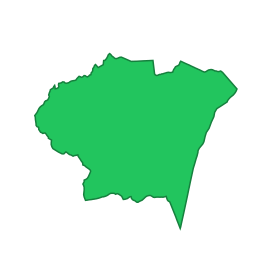 Paulo Afonso, Bahia, Brazil (Equal Earth projection), rotated 197°
{"feature_id": "56859067B73144667932966", "entity_name": "Paulo Afonso", "entity_type": "district", "adm_level": 2, "iso_a3": "BRA", "parent_name": "Brazil", "parent_adm1": "Bahia", "projection": "equal_earth", "projection_center": [-38.262, -9.532], "detail": "fine", "context": "isolated", "style": "filled", "palette": "green", "viewbox_px": 256, "rotation_deg": 197, "n_neighbors": 0, "source": "geoboundaries", "source_scale": "gbopen_adm2", "svg_char_len": 3579}
<svg xmlns="http://www.w3.org/2000/svg" viewBox="0 0 256 256"><g transform="rotate(197 128 128)"><path d="M147.5,46.4L145.7,47.2L144.2,48.0L143.2,48.4L142.2,48.8L140.5,49.7L139.6,50.1L137.4,51.2L135.3,52.5L133.5,53.8L132.5,54.6L131.4,55.0L130.1,55.8L128.8,56.8L127.7,57.9L126.6,59.4L125.4,60.5L123.9,61.0L122.0,61.5L120.5,61.0L119.1,62.1L117.7,62.0L115.5,61.4L114.1,60.9L111.6,58.3L110.0,59.0L108.8,59.8L107.9,60.4L107.0,61.7L106.1,62.8L105.0,63.3L104.1,61.7L102.7,60.8L101.6,60.5L100.3,60.5L98.8,59.9L97.7,59.6L96.6,60.0L95.8,61.0L94.9,61.8L93.4,63.1L92.2,65.1L91.0,67.3L89.8,68.6L88.5,69.4L87.1,70.0L85.9,69.9L84.8,69.6L83.5,69.2L82.2,69.4L80.9,70.1L79.2,70.7L77.2,71.2L75.9,71.7L74.2,72.1L73.0,72.8L71.5,73.8L70.4,72.2L69.4,70.8L68.3,70.0L66.4,69.5L56.1,56.7L54.4,54.4L52.7,52.3L48.7,47.2L48.7,48.7L48.9,50.8L49.8,62.3L51.4,81.1L52.0,87.4L52.1,88.9L52.6,94.1L53.8,108.6L53.8,113.3L53.9,118.7L53.8,121.3L54.0,125.1L54.4,126.8L53.9,129.6L51.8,134.6L51.4,137.1L51.8,142.4L51.8,146.6L50.4,151.3L50.0,158.1L49.2,163.9L49.7,168.3L48.7,172.5L47.1,174.4L45.7,176.0L40.8,181.9L40.8,183.2L40.2,184.9L39.2,187.1L38.1,188.7L37.0,190.3L36.3,191.9L35.8,193.2L35.4,194.9L35.2,197.2L53.8,208.8L56.0,209.6L56.9,209.0L58.1,208.3L59.3,208.2L60.5,208.3L61.6,208.0L62.7,208.2L64.3,208.4L65.7,208.2L66.6,207.7L67.8,207.1L69.0,205.9L69.7,204.9L71.2,203.8L72.5,203.9L73.6,204.0L74.7,204.2L75.7,204.4L77.1,204.6L78.5,204.7L79.4,204.9L80.8,205.0L82.5,205.3L84.1,205.5L85.5,205.7L86.8,205.9L87.9,206.1L88.9,206.2L89.9,206.3L90.9,206.4L92.3,206.6L93.9,206.8L95.0,207.0L96.0,207.1L97.1,207.3L97.5,206.0L97.5,204.4L97.8,203.1L98.6,202.1L99.5,201.4L100.5,200.4L100.9,198.7L101.4,197.4L101.5,196.0L101.6,194.5L102.8,193.8L103.9,193.3L105.3,193.2L106.9,192.5L108.3,191.5L109.6,190.7L110.5,190.0L111.7,189.5L112.5,188.7L113.6,188.4L114.7,187.3L115.9,186.6L117.3,186.7L118.4,187.5L123.9,199.9L127.2,198.7L133.4,196.5L139.4,194.3L143.3,193.0L144.4,192.6L153.9,193.7L155.2,193.8L156.7,193.1L158.1,191.8L159.5,190.9L161.1,190.7L162.5,191.5L164.2,192.0L165.9,193.2L167.3,193.8L168.2,192.4L168.5,189.8L168.8,188.4L169.3,187.0L170.0,185.8L171.0,185.4L170.2,181.3L174.2,177.1L177.6,179.2L178.3,178.1L178.4,176.3L179.0,174.5L178.7,173.2L178.5,171.7L179.3,170.1L179.1,168.0L180.2,167.4L180.7,166.2L181.7,165.0L183.2,165.1L184.2,165.5L185.3,165.3L186.1,163.8L187.4,162.8L188.6,163.1L189.9,163.1L190.9,161.2L191.5,159.8L191.9,158.5L193.0,157.8L194.3,157.2L196.1,156.2L197.1,155.1L197.8,154.1L198.7,153.5L200.0,152.8L201.3,152.6L202.5,153.3L204.0,153.0L205.0,151.7L206.1,151.0L207.3,150.4L207.1,148.9L206.2,147.3L206.6,146.0L207.7,144.9L209.2,144.2L209.8,146.0L210.6,147.3L211.1,146.0L211.3,144.3L212.4,143.1L213.4,141.9L213.3,140.4L213.5,138.8L213.5,136.4L212.4,135.0L212.6,133.2L212.9,131.6L213.8,130.5L214.8,129.8L215.4,128.6L215.5,126.6L216.0,125.2L217.1,124.0L218.1,122.5L218.8,120.7L219.2,118.2L219.5,116.3L220.8,112.6L219.9,111.4L219.0,109.0L217.3,105.5L216.6,103.6L215.4,102.7L213.7,102.5L212.9,100.5L210.4,98.4L209.2,98.3L207.9,97.9L206.0,99.0L204.6,98.3L203.2,97.1L201.5,96.0L201.1,94.9L197.6,94.1L197.2,91.9L196.6,89.7L195.3,87.8L193.7,86.3L191.0,85.6L187.6,84.7L183.5,84.0L181.8,84.5L180.4,87.0L179.3,86.7L176.3,85.5L174.4,85.5L172.3,85.0L171.4,85.8L169.1,87.0L168.1,87.6L167.4,86.4L164.3,83.9L162.6,82.4L161.3,81.6L160.3,79.4L158.6,79.4L157.0,78.6L155.5,78.1L153.6,77.5L151.9,76.8L151.1,75.9L151.1,74.5L151.5,71.1L151.8,69.2L152.3,67.7L153.2,66.6L154.7,65.3L154.2,63.9L154.7,61.2L153.6,60.0L152.6,58.5L151.8,56.0L150.9,51.3L149.8,49.3L147.5,46.4Z" fill="#22c55e" stroke="#15803d" stroke-width="1.5"/></g></svg>